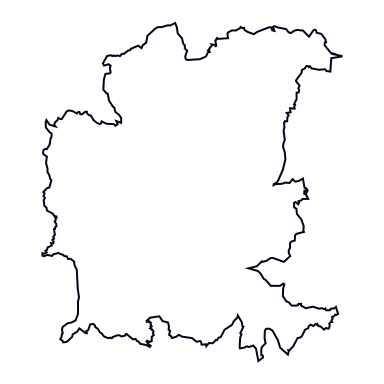 Tapalpa, Jalisco, Mexico (Albers equal-area conic projection)
{"feature_id": "50627088B26698937893318", "entity_name": "Tapalpa", "entity_type": "district", "adm_level": 2, "iso_a3": "MEX", "parent_name": "Mexico", "parent_adm1": "Jalisco", "projection": "albers", "projection_center": [-103.771, 19.947], "detail": "fine", "context": "isolated", "style": "outline", "palette": "ink", "viewbox_px": 384, "rotation_deg": 0, "n_neighbors": 0, "source": "geoboundaries", "source_scale": "gbopen_adm2", "svg_char_len": 5880}
<svg xmlns="http://www.w3.org/2000/svg" viewBox="0 0 384 384"><path d="M341.5,55.9L333.3,54.2L334.0,53.8L330.7,52.8L324.6,45.2L324.8,42.5L326.1,42.3L325.3,39.2L321.3,33.9L316.6,32.7L316.1,30.6L315.0,29.7L313.4,30.3L309.0,36.7L303.0,30.6L297.1,29.9L293.9,30.9L290.8,33.1L288.6,32.3L286.1,29.1L277.0,27.3L274.7,26.1L273.0,26.8L274.4,30.9L272.4,30.4L271.2,27.4L269.4,27.2L257.4,31.8L253.8,34.2L247.4,31.8L244.6,30.0L244.0,27.9L242.2,28.1L240.6,27.0L240.1,28.1L235.8,30.5L232.0,30.4L228.2,32.3L227.4,33.5L228.0,38.2L217.9,38.9L217.2,38.0L216.7,38.7L217.4,38.9L215.3,40.5L216.3,45.8L215.5,46.2L214.8,44.9L211.7,44.4L212.2,45.0L208.3,50.1L209.2,50.2L209.7,52.0L208.1,52.0L206.0,56.5L199.8,59.2L187.2,60.0L185.7,58.8L185.2,56.4L187.2,50.6L184.8,48.5L184.9,45.4L183.3,44.0L182.0,38.4L177.7,33.3L176.8,27.0L175.1,23.0L170.0,25.6L168.2,25.2L161.5,27.1L158.0,27.1L155.4,28.5L147.5,35.7L146.1,42.8L142.8,45.2L141.4,48.1L138.2,45.7L130.8,48.8L130.4,50.0L127.9,50.7L124.2,53.7L121.8,54.0L120.0,56.1L117.6,55.5L114.8,56.1L113.6,55.4L112.6,56.1L110.5,55.2L106.9,56.2L102.9,63.5L104.1,65.6L108.6,64.2L110.6,65.7L109.9,67.9L110.6,72.4L109.7,73.4L105.4,73.9L103.9,79.5L103.3,89.7L106.8,93.6L107.7,93.6L109.0,100.6L112.9,106.6L114.3,107.6L115.3,111.9L118.9,114.7L121.2,117.9L121.1,122.8L116.2,121.0L117.6,124.2L115.5,125.7L113.8,124.2L106.3,123.7L101.6,121.4L101.1,123.3L100.0,124.1L96.8,122.8L93.5,120.1L90.9,115.6L88.8,115.0L87.0,113.3L86.9,111.8L85.2,111.8L81.8,114.4L80.3,114.2L79.4,112.0L78.2,112.0L76.9,113.5L72.6,111.1L69.0,110.4L66.7,111.4L61.8,119.0L60.3,119.1L58.2,117.9L57.5,120.1L55.1,122.4L54.1,124.6L55.5,126.5L49.6,124.7L46.4,120.1L45.7,122.1L45.9,127.6L49.7,132.3L51.6,133.5L51.5,137.0L50.6,138.3L49.6,144.6L46.8,149.2L45.4,148.8L43.5,150.0L43.0,152.8L43.5,154.3L46.9,156.7L46.0,162.8L47.6,169.1L47.4,171.8L49.2,174.9L50.3,179.1L51.4,180.2L49.3,187.6L47.1,188.1L43.3,192.0L44.6,193.3L43.5,196.0L45.0,198.0L43.7,200.1L44.4,205.7L46.5,207.8L47.0,210.6L53.0,213.8L54.1,215.9L56.3,216.4L56.6,217.5L55.3,217.8L55.8,219.7L54.7,221.7L56.1,223.5L56.5,226.2L55.2,227.1L55.1,228.8L53.9,229.1L54.9,234.8L53.2,237.0L54.1,238.6L52.3,239.9L53.7,241.7L53.3,243.3L51.0,243.1L51.8,245.5L47.6,247.4L47.0,249.9L45.4,250.7L46.7,252.4L44.1,253.7L42.5,253.1L42.4,255.7L43.9,256.2L47.5,254.9L52.0,256.0L53.2,254.4L58.2,253.0L63.6,255.2L64.4,256.2L66.8,256.3L68.1,259.0L70.6,258.8L74.2,261.7L74.3,264.4L76.8,270.0L77.8,289.1L79.0,297.4L78.0,301.4L78.0,313.9L75.6,320.4L71.5,322.5L67.7,323.3L62.7,326.9L62.0,329.4L62.7,333.4L61.7,334.4L61.7,336.7L60.3,339.1L62.9,341.2L63.1,342.4L66.5,341.9L68.4,340.5L72.1,336.9L72.7,334.4L77.2,331.7L79.4,328.4L85.5,333.1L86.8,333.1L86.1,331.3L88.1,330.2L90.2,324.4L93.2,323.9L95.1,325.7L95.2,327.0L97.9,328.9L100.1,332.6L101.5,333.2L104.2,336.6L108.4,338.2L110.5,337.6L111.8,338.3L113.0,336.9L116.8,335.5L119.3,335.2L121.6,336.5L125.3,335.5L125.4,334.4L126.5,333.9L133.1,339.4L135.6,338.9L136.9,341.0L138.6,341.6L140.3,343.9L145.8,344.9L149.9,347.0L150.7,345.8L148.1,343.9L146.5,341.4L147.2,340.7L149.3,342.0L151.7,341.1L151.8,336.7L153.8,335.1L152.9,333.4L153.6,331.8L152.7,330.2L151.7,329.9L151.6,328.8L150.1,328.4L150.8,327.5L150.5,326.5L151.6,326.3L150.4,323.5L150.9,322.8L149.8,321.7L148.8,321.9L148.7,321.2L146.8,321.9L146.5,321.0L150.0,317.7L159.3,316.3L162.6,321.1L168.0,322.5L169.0,326.5L168.6,329.8L170.1,330.8L169.1,334.9L170.9,336.0L172.0,338.0L176.1,336.8L178.9,334.8L182.3,336.7L192.2,338.1L196.5,341.8L200.2,341.0L201.1,341.9L201.6,344.7L205.8,344.3L206.3,346.2L208.8,343.1L212.8,343.2L215.8,340.0L216.9,340.2L218.5,337.9L220.8,336.9L224.6,329.7L232.1,324.8L233.8,321.1L237.3,317.7L237.8,315.4L241.9,322.4L242.3,326.2L243.4,326.7L240.3,333.2L241.5,334.2L240.2,337.6L239.6,347.4L240.0,348.4L244.7,347.5L246.8,346.3L249.0,347.0L253.2,345.6L256.0,348.5L258.3,361.0L263.1,357.5L262.7,355.4L261.3,355.2L261.3,348.8L262.0,346.9L265.6,343.3L264.6,338.5L264.8,331.3L265.7,329.2L266.6,328.8L269.5,328.7L272.5,330.6L277.8,340.0L280.1,347.6L287.9,354.6L288.8,351.3L288.3,350.2L289.4,350.3L293.3,346.2L297.6,338.0L300.0,337.6L301.9,336.1L305.1,329.7L308.2,328.2L308.7,326.3L310.5,324.7L313.4,326.0L315.5,324.0L316.8,324.8L317.3,324.0L318.5,326.0L320.6,326.5L324.1,329.6L326.2,327.9L328.2,328.8L329.1,328.1L329.8,324.9L329.2,323.8L330.4,322.3L332.1,322.0L331.4,320.7L332.6,318.6L332.1,316.9L333.8,316.4L335.2,314.7L336.5,314.9L338.1,313.9L335.9,306.9L334.4,308.3L330.7,308.8L329.9,310.2L326.2,310.3L325.3,308.5L324.0,309.2L322.4,308.3L318.7,308.6L313.0,306.7L305.8,308.2L301.1,305.6L301.1,303.8L298.4,304.0L297.9,305.3L296.2,305.6L291.7,305.6L289.0,302.5L286.2,301.2L282.9,296.2L283.1,288.9L284.3,284.2L283.5,283.6L279.9,285.9L270.8,285.8L265.6,279.9L263.6,278.7L260.8,273.8L257.9,271.0L248.5,268.3L256.8,266.3L261.9,261.3L262.3,261.9L266.3,260.9L270.8,258.0L272.9,257.9L283.9,261.9L290.2,256.1L288.8,253.0L288.7,250.6L290.1,247.6L290.0,243.1L291.4,241.6L294.8,240.5L295.0,235.8L296.3,233.9L303.9,231.9L303.4,231.2L303.7,226.1L301.4,219.6L296.9,213.9L296.4,208.7L294.2,207.4L294.0,202.9L295.6,202.1L298.3,204.2L299.1,202.6L298.5,201.2L301.4,200.3L302.5,199.0L308.1,198.9L306.1,194.7L304.2,193.6L304.4,190.8L305.4,190.5L306.6,192.6L307.7,190.4L306.3,188.4L304.6,187.9L302.9,178.6L298.8,180.9L295.3,181.7L292.6,179.2L289.5,183.0L285.4,182.6L281.8,183.8L275.5,184.1L273.6,185.2L273.7,184.2L276.9,182.5L278.2,180.4L282.8,169.9L285.4,159.4L284.8,152.4L283.1,147.1L283.3,144.0L284.8,139.9L283.6,130.8L284.4,127.3L284.1,122.5L284.9,121.1L286.0,121.6L287.2,121.1L287.4,117.2L288.7,115.5L286.8,112.9L290.5,112.3L290.0,108.2L294.6,108.6L294.3,106.3L295.1,105.0L294.1,104.3L296.6,99.1L296.6,92.6L298.6,92.5L299.2,90.6L298.4,88.2L299.6,85.6L296.1,81.4L296.1,80.3L301.6,72.7L301.9,70.0L304.6,68.6L306.5,65.9L308.5,66.2L308.9,67.1L310.0,66.3L311.6,68.4L319.2,69.8L325.0,69.2L326.5,71.0L330.3,71.6L331.3,58.2L341.6,56.5L341.5,55.9Z" fill="none" stroke="#020617" stroke-width="2"/></svg>